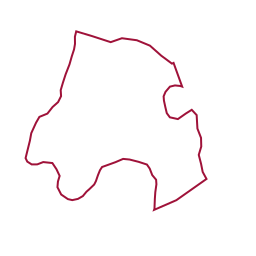 Shusha District, Şuşa, Azerbaijan (Albers equal-area conic projection), rotated 18°
{"feature_id": "54616110B49912296290484", "entity_name": "Shusha District", "entity_type": "district", "adm_level": 2, "iso_a3": "AZE", "parent_name": "Azerbaijan", "parent_adm1": "Şuşa", "projection": "albers", "projection_center": [46.676, 39.693], "detail": "fine", "context": "isolated", "style": "outline", "palette": "rose", "viewbox_px": 256, "rotation_deg": 18, "n_neighbors": 0, "source": "geoboundaries", "source_scale": "gbopen_adm2", "svg_char_len": 1113}
<svg xmlns="http://www.w3.org/2000/svg" viewBox="0 0 256 256"><g transform="rotate(18 128 128)"><path d="M166.7,71.9L151.2,52.0L149.9,53.2L137.4,49.0L123.4,42.9L109.3,41.8L94.5,44.5L85.0,51.7L65.3,51.7L48.9,52.1L49.3,57.6L51.6,64.4L52.4,69.9L52.4,77.2L52.7,85.6L52.1,96.2L52.1,105.1L52.3,112.8L54.5,118.4L53.5,125.0L49.8,131.3L46.9,139.2L40.3,144.8L38.9,151.4L37.6,162.8L38.6,170.2L39.9,188.3L42.6,191.1L47.7,192.4L53.0,190.6L57.9,186.6L66.9,184.7L72.7,189.3L77.8,194.7L77.9,200.5L79.2,206.1L85.0,211.9L92.8,214.2L97.3,213.8L102.3,210.9L106.1,206.7L108.2,201.4L110.2,198.0L113.3,192.2L113.9,188.5L114.0,182.2L114.4,176.8L115.4,173.1L122.5,167.6L126.6,164.4L132.9,158.9L139.2,157.5L148.6,156.9L157.3,156.9L161.2,159.9L165.6,165.3L170.7,168.5L172.4,172.7L173.8,180.6L175.4,187.0L178.1,196.5L178.1,197.8L196.3,181.7L218.4,152.2L212.6,146.7L208.5,139.4L203.6,131.7L203.4,123.0L200.5,114.8L194.2,107.1L189.3,94.5L183.0,91.0L178.5,96.4L172.7,104.1L164.5,104.9L160.3,101.9L157.0,96.5L153.7,90.8L152.1,86.9L152.5,82.0L155.1,75.7L159.5,73.0L164.6,71.9L166.7,71.9Z" fill="none" stroke="#9f1239" stroke-width="2"/></g></svg>